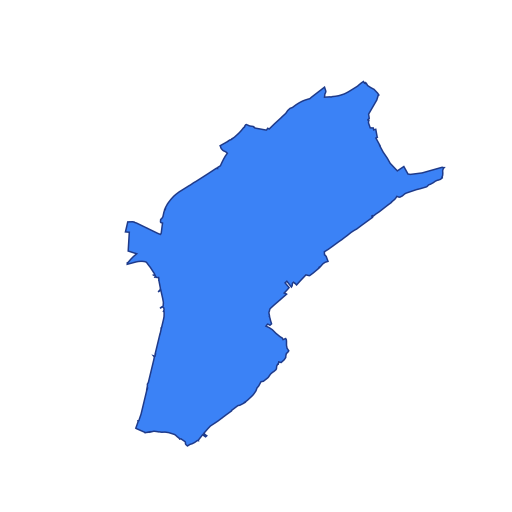 Tilburg, Noord-Brabant, Netherlands, rotated 141°
{"feature_id": "6326949B99100278363504", "entity_name": "Tilburg", "entity_type": "district", "adm_level": 2, "iso_a3": "NLD", "parent_name": "Netherlands", "parent_adm1": "Noord-Brabant", "projection": "equal_earth", "projection_center": [5.085, 51.586], "detail": "fine", "context": "isolated", "style": "filled", "palette": "blue", "viewbox_px": 512, "rotation_deg": 141, "n_neighbors": 0, "source": "geoboundaries", "source_scale": "gbopen_adm2", "svg_char_len": 5865}
<svg xmlns="http://www.w3.org/2000/svg" viewBox="0 0 512 512"><g transform="rotate(141 256 256)"><path d="M54.2,206.3L55.1,207.1L55.3,207.6L55.7,207.9L70.6,214.3L74.6,216.0L84.6,222.2L85.1,222.7L86.3,224.0L84.8,232.5L92.6,233.2L93.4,243.6L92.4,249.5L91.8,256.7L90.5,263.7L90.2,263.6L88.6,272.2L87.0,271.9L86.9,272.3L83.2,279.1L85.2,280.0L84.3,281.7L86.6,283.7L84.8,288.7L83.2,290.3L82.9,290.4L83.5,291.4L83.4,291.5L81.4,291.7L79.2,295.4L64.0,301.2L60.0,303.9L59.2,303.8L59.0,306.1L59.4,311.3L59.5,311.4L60.9,314.8L61.9,317.9L62.0,318.4L61.8,319.3L61.6,320.9L62.2,321.0L62.0,322.0L62.9,322.1L62.7,324.0L65.3,324.2L68.1,324.2L70.1,324.1L71.2,324.2L80.6,325.4L83.3,325.9L85.4,326.4L88.6,327.6L91.0,328.6L93.7,330.1L96.6,332.0L97.1,332.0L98.3,332.9L98.3,333.1L102.8,336.3L100.5,338.6L99.5,339.0L98.4,339.7L98.0,340.2L97.4,341.7L96.5,344.1L113.0,344.5L115.2,344.4L116.7,345.1L119.8,346.3L121.9,347.0L124.1,347.5L126.3,347.9L129.6,348.3L134.3,348.5L136.6,349.3L139.8,349.1L143.2,348.1L148.4,347.8L148.6,347.7L158.3,347.1L165.8,346.4L166.5,347.9L168.4,347.3L168.8,347.4L176.3,356.1L176.3,356.9L176.6,357.3L176.4,357.6L176.4,358.0L177.0,358.8L178.6,360.5L179.6,361.9L179.8,362.5L180.8,364.2L181.0,364.8L181.0,364.6L182.7,364.1L183.3,363.7L183.4,363.8L184.0,363.4L184.3,363.5L185.0,363.4L185.1,363.5L188.3,362.8L191.6,362.3L197.9,361.9L200.0,362.0L199.9,362.1L201.3,362.3L201.9,362.1L202.8,362.3L203.1,362.6L205.1,362.9L205.2,362.7L214.5,364.3L214.8,363.1L215.2,362.3L215.4,361.2L215.3,359.1L215.0,358.1L214.0,356.2L213.6,353.9L217.1,352.9L220.2,351.7L223.9,350.0L226.9,348.5L229.6,348.9L230.5,348.8L230.5,348.6L230.4,348.7L230.5,348.5L231.2,348.7L231.1,349.0L232.0,349.2L241.2,350.1L247.5,350.8L256.3,351.8L256.6,351.9L258.5,352.2L262.7,352.5L263.3,352.7L275.6,354.2L279.7,354.3L282.4,354.2L286.3,353.6L290.2,352.7L292.2,352.1L295.6,350.7L297.3,349.8L296.9,349.6L297.5,349.2L297.8,349.4L300.0,348.0L303.5,345.2L304.4,344.8L305.5,344.5L307.1,344.4L308.7,342.7L308.9,342.2L308.9,341.9L308.7,341.6L307.9,340.4L309.2,339.2L315.3,333.4L316.7,332.9L318.1,335.4L328.1,356.8L329.4,358.8L329.3,359.1L330.5,360.4L334.2,363.2L342.3,356.9L339.5,354.2L352.2,340.3L347.3,332.8L351.7,332.7L355.2,332.3L359.0,331.6L360.0,331.5L360.3,331.7L361.3,330.6L352.8,326.8L351.1,325.9L349.6,324.9L347.9,323.6L346.5,322.2L345.5,321.0L345.2,320.2L345.1,319.4L345.2,317.9L345.3,313.7L346.1,306.1L346.3,305.6L347.1,305.4L347.6,305.6L347.5,305.3L347.0,305.2L346.5,304.8L346.7,303.9L347.7,303.3L348.0,303.2L347.9,303.0L346.9,303.1L346.8,302.1L346.5,301.6L346.1,301.2L345.2,300.6L346.4,298.7L346.9,298.3L347.0,297.8L350.4,291.5L350.8,290.9L351.4,290.4L351.6,290.1L354.0,289.8L354.0,289.6L351.4,289.5L355.1,282.0L356.9,278.7L357.8,277.4L358.1,277.3L359.4,275.7L359.8,275.6L360.4,275.6L361.7,275.8L362.8,275.8L362.8,275.6L361.1,275.5L360.8,275.4L360.3,273.7L361.3,272.0L362.8,271.2L362.5,270.7L362.8,270.2L363.6,269.1L365.8,266.6L367.7,265.0L374.3,259.9L374.9,259.9L375.0,259.8L374.5,259.8L379.7,255.7L379.8,255.8L380.4,255.3L396.1,243.3L395.8,243.0L397.6,241.7L398.5,243.0L398.5,241.8L398.8,241.3L400.7,239.7L419.2,225.5L421.0,224.8L421.2,224.6L422.1,223.4L424.6,221.3L424.2,221.2L424.4,221.1L424.4,220.9L424.7,220.7L425.1,220.6L444.9,205.4L450.8,201.7L451.1,201.8L451.5,202.2L451.7,201.9L451.8,201.6L452.1,201.3L457.8,197.8L457.5,197.0L453.3,188.8L453.5,188.6L453.4,188.4L449.8,186.6L450.1,186.5L448.6,185.7L448.8,185.6L445.6,184.1L443.4,181.8L442.4,180.6L442.0,180.4L440.3,178.5L437.5,176.4L435.0,173.7L431.7,168.7L431.4,167.8L431.3,167.7L430.9,164.8L430.6,163.8L430.6,163.4L430.3,162.3L430.5,161.7L429.4,161.2L428.0,156.5L428.0,156.0L428.1,155.7L429.0,154.4L429.1,154.0L429.1,153.2L428.8,151.5L425.7,151.1L423.8,150.3L421.0,149.7L417.6,149.5L417.2,148.9L417.0,148.7L416.8,149.1L415.7,149.4L410.0,150.7L409.0,147.2L407.4,147.3L408.2,149.9L408.3,150.3L408.0,150.4L408.2,151.0L402.2,152.1L398.4,152.6L389.5,151.7L380.1,151.4L374.4,151.1L372.5,151.0L372.3,151.1L372.1,151.4L366.3,151.2L364.1,151.1L362.5,150.2L358.7,149.4L356.7,149.1L356.8,149.5L355.2,149.3L353.0,149.3L346.2,149.8L344.4,150.2L341.3,151.1L340.6,151.4L339.5,152.1L338.3,152.8L335.7,153.3L331.4,155.1L330.9,155.0L329.5,154.2L329.1,154.0L323.7,153.9L322.7,154.0L319.0,155.1L316.2,155.2L315.1,155.0L312.1,155.1L311.1,155.5L309.1,157.5L307.2,158.3L306.8,157.9L305.5,158.9L305.0,159.4L303.5,157.4L299.5,157.6L296.8,158.4L295.8,159.5L294.5,160.6L293.5,161.2L292.3,161.1L290.2,161.7L289.9,164.8L288.5,167.4L286.0,170.5L285.2,171.7L285.0,172.1L285.0,172.7L284.9,173.2L287.6,174.0L287.2,175.7L288.1,178.2L289.2,183.5L289.7,188.4L290.9,192.2L292.4,195.2L289.9,195.8L289.3,194.9L288.7,193.4L286.6,193.5L285.4,196.5L284.2,199.1L283.7,200.6L283.4,200.6L281.7,203.8L281.1,204.3L280.2,204.8L279.4,205.5L278.2,206.2L273.2,206.5L256.2,207.1L256.3,207.5L257.4,209.5L253.6,210.0L250.2,210.6L250.3,216.8L247.9,217.0L248.0,209.6L246.7,210.1L246.3,210.4L244.9,211.9L243.3,212.0L243.2,210.9L243.1,210.5L242.9,210.5L242.7,208.0L237.4,208.8L229.1,209.9L227.0,207.2L226.6,207.0L222.1,206.8L213.8,207.0L213.9,207.5L212.0,207.3L209.4,207.8L208.3,207.8L206.2,207.6L203.4,206.5L202.2,210.1L201.7,211.5L201.8,213.5L202.0,213.8L201.1,215.1L200.9,215.3L200.2,216.3L195.6,215.7L182.2,215.0L179.0,214.7L177.2,214.7L171.4,214.5L167.2,214.5L163.4,214.1L160.7,213.6L154.9,213.4L141.2,212.7L141.2,213.4L140.7,214.2L140.0,214.0L140.3,213.3L139.5,213.2L136.5,213.2L132.3,212.8L120.3,212.6L119.8,212.5L116.9,212.4L116.7,212.7L113.3,212.7L112.1,212.8L110.5,213.2L109.0,213.7L108.0,212.0L107.2,211.2L104.5,210.6L101.4,210.7L100.3,210.5L99.5,210.3L89.5,206.6L85.9,204.9L80.1,202.5L79.7,202.4L78.7,202.4L77.7,202.6L76.9,202.6L75.3,202.0L74.1,201.8L72.0,201.4L69.6,201.3L67.3,200.7L66.9,200.4L64.4,199.5L62.0,199.5L61.7,200.1L61.8,200.3L60.6,200.9L59.8,201.6L58.8,202.8L58.7,202.8L57.3,204.8L55.9,205.8L54.9,206.2L54.2,206.3Z" fill="#3b82f6" stroke="#1e3a8a" stroke-width="1.5"/></g></svg>